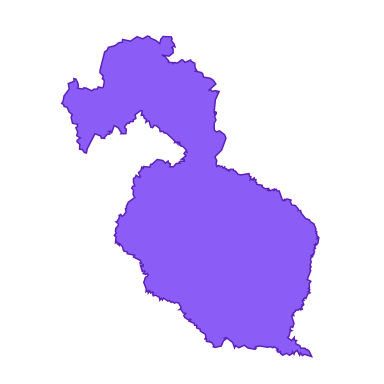 Ciamis, Jawa Barat, Indonesia (Robinson projection), rotated 188°
{"feature_id": "22746128B17121530580660", "entity_name": "Ciamis", "entity_type": "district", "adm_level": 2, "iso_a3": "IDN", "parent_name": "Indonesia", "parent_adm1": "Jawa Barat", "projection": "robinson", "projection_center": [108.425, -7.311], "detail": "fine", "context": "isolated", "style": "filled", "palette": "violet", "viewbox_px": 384, "rotation_deg": 188, "n_neighbors": 0, "source": "geoboundaries", "source_scale": "gbopen_adm2", "svg_char_len": 5905}
<svg xmlns="http://www.w3.org/2000/svg" viewBox="0 0 384 384"><g transform="rotate(188 192 192)"><path d="M164.3,55.3L159.2,53.1L158.0,50.7L158.6,48.3L157.3,48.7L156.9,46.1L155.0,45.9L154.1,46.8L153.1,45.7L151.6,45.9L148.9,42.6L149.4,41.7L147.7,41.3L141.6,43.5L140.2,48.9L137.5,51.6L139.2,52.0L137.9,52.7L130.7,48.6L128.2,43.6L127.5,45.9L124.0,44.3L118.9,47.5L114.9,45.3L107.8,45.0L106.8,46.0L107.7,47.4L103.5,49.0L95.4,48.8L92.8,49.8L90.4,49.0L89.2,50.1L85.4,48.7L86.0,47.5L84.9,47.7L85.3,45.8L83.6,45.4L82.4,46.3L81.8,44.4L79.6,43.0L75.8,45.4L72.6,43.9L70.2,46.2L70.2,47.6L68.4,45.5L68.0,47.6L65.9,49.8L62.7,45.4L62.2,47.7L59.9,45.4L58.1,46.9L50.6,45.7L53.8,50.6L55.9,52.0L57.1,51.7L58.2,53.0L62.5,52.5L64.0,54.9L68.0,56.1L68.5,58.2L67.8,59.5L70.2,59.6L70.5,62.2L72.8,58.7L77.1,61.2L75.9,62.7L75.4,67.9L73.8,68.6L75.6,69.4L75.6,71.7L75.0,72.6L73.4,71.9L72.7,76.0L76.1,83.0L74.8,83.7L75.1,84.5L74.1,84.0L74.8,86.3L72.9,88.4L72.9,89.5L70.3,89.8L69.1,91.4L68.0,90.5L68.0,91.5L66.5,91.3L67.6,93.6L66.1,95.3L67.0,95.8L65.8,96.3L67.5,99.7L65.9,100.4L66.9,101.4L65.6,103.0L64.4,102.3L63.2,107.1L61.2,108.6L63.0,109.5L62.0,109.9L61.9,111.9L63.3,112.6L62.3,113.5L63.3,117.3L61.9,120.1L65.7,121.4L63.5,130.8L64.6,132.0L63.7,134.8L65.0,135.9L64.2,139.2L65.4,142.2L64.7,144.2L65.4,145.5L64.4,146.2L63.6,145.2L63.6,147.2L62.9,147.0L62.4,150.2L63.5,151.4L61.9,153.6L62.9,154.1L62.5,155.7L63.4,156.7L62.1,156.8L62.2,158.0L61.1,157.3L60.2,159.0L60.1,164.1L61.7,163.3L60.9,165.3L62.4,165.9L62.4,167.6L63.5,168.1L62.8,169.8L64.2,170.5L64.2,172.7L66.9,177.4L70.6,179.1L71.9,180.8L75.8,181.5L80.7,186.1L81.9,188.8L84.1,188.4L84.2,189.7L87.8,193.0L91.3,193.0L93.2,195.7L92.8,197.8L96.4,198.3L97.8,198.1L98.4,196.7L99.5,197.5L100.0,196.0L101.5,196.8L105.8,205.2L107.6,204.8L109.1,206.5L110.9,205.0L111.0,206.3L114.6,204.2L115.9,205.2L116.3,203.9L117.4,204.4L116.9,206.1L120.2,205.4L123.3,207.0L123.4,208.4L129.1,208.6L129.4,210.5L130.7,211.0L130.3,213.0L132.2,213.4L132.3,214.6L133.3,213.9L133.1,212.4L134.8,213.0L136.1,212.1L135.8,215.3L137.0,215.4L138.2,218.2L145.6,215.8L148.9,215.9L151.6,218.6L153.9,219.0L154.2,220.2L157.3,219.8L158.2,217.9L159.0,219.0L160.4,218.4L160.9,219.7L162.3,219.6L163.2,221.4L164.6,220.0L165.9,221.7L167.6,221.1L169.1,222.1L171.0,220.7L172.1,223.4L171.8,226.4L174.2,230.1L168.5,237.6L165.8,250.0L167.8,253.3L173.2,256.4L176.3,254.9L178.6,256.5L179.6,263.3L178.3,266.7L180.2,270.1L178.9,272.9L179.1,274.3L179.9,274.6L180.6,272.8L181.2,274.2L181.7,286.5L179.2,295.1L180.7,294.4L180.4,295.4L183.3,295.6L185.7,294.4L187.9,295.9L189.8,294.7L183.4,302.3L186.6,305.7L189.9,307.2L196.6,307.4L197.7,310.3L199.2,311.6L205.2,312.1L204.2,312.9L206.3,315.5L207.1,319.8L211.2,321.4L211.7,322.5L217.1,319.4L219.3,321.4L220.7,321.4L224.5,317.6L227.6,317.8L228.8,316.5L229.2,317.4L233.4,317.1L233.3,318.5L237.5,322.3L240.9,323.5L233.7,323.3L230.0,327.2L230.6,331.0L232.1,332.2L230.5,333.7L229.1,333.3L230.1,335.8L233.5,339.1L233.0,340.9L234.0,342.7L242.2,342.0L244.1,339.1L244.6,334.5L249.0,337.1L254.6,338.6L255.7,340.0L257.9,340.2L262.2,336.8L268.0,338.2L273.9,332.8L282.0,333.4L281.8,330.6L285.3,329.7L288.4,326.3L295.0,323.5L295.7,320.8L298.0,318.5L300.0,300.0L299.7,297.3L296.0,294.6L296.6,291.7L294.9,290.9L294.2,288.9L294.5,283.4L295.5,282.7L299.5,283.0L300.2,280.7L303.4,280.2L305.2,278.3L311.5,280.2L313.6,280.1L314.4,278.7L319.8,278.9L319.2,281.0L320.1,283.8L322.7,287.7L324.8,287.8L324.3,285.1L329.6,282.2L327.9,276.9L332.1,269.3L332.3,263.9L333.4,261.5L331.4,260.9L330.5,258.8L327.6,258.7L324.6,254.0L321.4,252.1L322.1,249.2L319.9,243.4L314.9,243.2L314.6,240.7L316.0,239.5L313.5,235.6L314.0,231.7L310.2,230.0L312.9,227.2L312.9,225.8L309.8,223.7L309.3,218.7L306.5,218.7L304.1,216.1L302.0,215.9L301.8,220.2L296.2,236.1L290.4,234.9L289.2,232.7L286.0,232.9L286.3,233.8L284.0,237.3L281.4,237.9L281.7,239.7L282.9,240.4L281.3,240.9L279.8,239.5L278.3,247.0L274.0,245.3L270.0,240.6L270.4,239.8L265.6,240.6L265.8,245.1L267.6,246.4L267.7,247.7L265.5,251.3L263.6,251.3L263.2,253.0L260.0,253.6L260.0,255.4L257.8,257.0L259.1,260.6L254.4,265.3L252.6,265.3L252.9,260.8L250.7,261.4L249.5,258.3L247.3,257.8L247.4,254.6L245.6,256.3L244.4,256.2L241.9,250.5L240.0,250.2L238.6,252.7L236.8,252.8L232.9,250.4L232.0,247.4L229.1,248.0L228.0,246.7L225.1,246.5L216.1,240.1L216.2,238.4L214.4,239.1L213.3,238.1L213.5,239.1L212.2,239.5L211.4,237.4L211.0,238.8L209.7,236.1L207.2,235.8L203.7,232.9L202.6,230.9L203.9,231.3L205.3,228.9L203.0,227.0L206.9,223.0L204.3,223.0L203.8,221.4L207.9,220.9L208.8,219.7L207.9,218.8L211.6,218.1L213.9,214.4L217.6,213.9L217.3,217.0L219.3,217.5L220.0,219.3L222.5,216.9L225.1,219.1L230.9,219.4L235.4,213.9L236.8,213.7L237.2,210.7L243.5,210.5L243.7,208.7L245.2,209.6L245.6,206.1L247.7,203.8L245.2,199.9L245.8,199.1L249.7,200.8L250.0,199.0L251.8,197.2L251.4,193.7L249.5,189.9L251.5,189.5L252.2,187.4L250.2,185.7L250.0,181.3L247.9,178.6L253.6,173.1L255.0,168.8L254.7,166.7L255.6,166.1L254.5,163.3L256.7,159.0L258.2,158.3L259.4,159.9L261.0,158.6L260.3,156.9L262.0,152.5L263.1,151.9L260.6,150.4L260.3,148.9L262.4,145.3L262.3,142.2L261.4,141.2L262.9,138.1L261.0,137.2L260.7,131.1L259.7,132.2L258.9,130.5L256.7,129.2L257.2,131.0L256.5,130.9L253.1,127.9L251.6,124.2L247.7,123.5L247.5,121.9L240.1,121.4L240.9,119.5L233.5,117.0L232.6,114.9L234.2,114.7L230.2,113.2L230.1,111.5L232.8,112.2L230.2,106.4L228.4,107.3L227.5,106.7L229.0,104.5L226.2,103.9L225.0,105.1L223.9,104.0L224.6,102.0L226.2,101.2L227.2,95.8L223.8,89.7L223.7,86.8L221.9,88.3L221.3,85.9L220.0,88.2L218.8,86.2L216.9,87.4L216.1,86.8L216.7,85.3L216.0,83.8L213.6,84.7L209.7,83.2L208.8,80.4L207.7,82.4L206.3,80.9L205.3,83.0L200.8,80.6L199.4,81.4L197.4,79.8L196.0,80.6L193.8,79.5L192.5,80.4L189.9,80.3L187.1,76.7L186.8,75.1L188.0,73.9L186.7,74.2L183.8,71.0L181.4,70.8L183.0,68.5L181.8,66.8L177.8,64.9L175.0,66.1L176.9,63.7L171.8,62.3L170.8,60.4L168.9,60.6L168.4,58.0L164.9,57.3L164.3,55.3Z" fill="#8b5cf6" stroke="#5b21b6" stroke-width="1.5"/></g></svg>